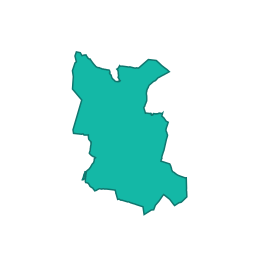 outline of Nome nor, Telemark, Norway, rotated 225°
{"feature_id": "86288312B14139397514158", "entity_name": "Nome nor", "entity_type": "district", "adm_level": 2, "iso_a3": "NOR", "parent_name": "Norway", "parent_adm1": "Telemark", "projection": "mercator", "projection_center": [9.16, 59.264], "detail": "fine", "context": "isolated", "style": "filled", "palette": "teal", "viewbox_px": 256, "rotation_deg": 225, "n_neighbors": 0, "source": "geoboundaries", "source_scale": "gbopen_adm2", "svg_char_len": 5443}
<svg xmlns="http://www.w3.org/2000/svg" viewBox="0 0 256 256"><g transform="rotate(225 128 128)"><path d="M55.4,78.2L53.5,86.6L52.0,88.3L54.0,92.7L54.4,98.2L55.6,104.5L55.7,106.2L48.0,107.1L41.7,106.2L40.2,106.1L39.3,110.4L39.2,110.8L39.2,111.1L39.0,111.3L38.9,111.6L38.7,111.8L38.6,112.1L38.4,112.2L38.3,112.6L37.9,113.2L37.8,115.1L37.8,115.9L37.7,120.9L41.7,124.6L42.5,125.1L44.0,126.8L51.6,134.0L52.4,133.1L57.2,130.8L59.6,129.8L61.0,129.5L62.1,129.4L62.4,129.2L63.3,129.3L64.6,129.0L65.2,128.8L65.8,128.7L66.4,129.0L67.3,129.2L68.8,130.2L71.3,131.5L73.1,132.1L77.3,129.9L77.9,129.7L78.6,129.2L79.6,128.8L81.2,127.8L82.1,129.1L82.3,129.4L82.4,130.3L83.5,131.2L84.0,132.0L86.2,136.2L86.7,137.4L91.8,145.5L92.8,147.1L94.3,149.9L94.8,150.7L95.6,151.3L96.5,151.6L97.5,152.3L98.2,152.5L99.0,152.8L99.3,153.0L99.9,153.7L100.2,153.8L101.1,155.5L101.4,156.0L101.6,156.5L102.1,157.6L102.3,157.9L102.9,159.2L103.3,159.8L103.6,160.5L105.9,159.8L109.9,160.5L112.5,160.3L114.1,163.0L114.1,162.4L114.3,162.3L114.3,162.1L115.3,161.5L115.3,161.2L115.5,161.0L116.0,161.0L116.5,160.6L116.7,160.1L116.9,159.6L116.9,159.2L117.8,158.4L117.9,158.2L117.9,157.9L118.0,157.8L118.2,157.5L118.5,157.5L119.1,157.2L119.5,156.6L120.1,156.4L120.2,155.9L119.9,155.7L119.9,155.4L119.7,155.2L119.8,154.9L119.9,154.7L120.1,154.4L120.0,154.2L120.3,153.8L120.4,153.7L120.6,153.7L120.9,153.9L121.0,154.2L121.0,154.3L121.3,154.2L121.5,154.1L121.7,154.4L121.8,154.4L121.8,154.5L122.0,154.6L122.3,154.5L122.7,153.8L123.0,153.6L123.2,153.3L123.8,152.9L124.2,152.6L125.3,151.7L125.7,151.5L125.8,151.4L125.8,151.2L126.1,150.8L131.2,153.5L131.3,153.6L131.4,154.0L131.6,155.2L131.7,155.6L132.1,156.0L132.6,157.1L132.9,158.0L133.6,159.5L133.9,160.3L134.8,161.3L135.8,162.3L136.2,162.6L136.3,162.8L137.6,164.0L138.9,164.9L139.4,165.4L139.8,165.8L140.7,167.0L140.8,167.1L140.7,167.2L140.9,167.5L141.2,167.7L141.4,168.2L141.6,168.5L141.7,168.8L142.0,169.3L142.1,169.9L142.3,170.5L142.3,170.8L142.5,171.1L142.7,171.4L143.3,173.2L142.9,178.9L142.1,181.0L142.3,184.7L141.7,186.4L141.0,189.0L140.8,189.5L140.6,190.2L140.5,190.6L140.3,191.1L140.2,191.3L140.1,191.9L139.9,192.5L139.8,192.9L139.1,195.1L139.0,195.8L138.8,196.4L138.6,197.0L141.8,196.9L145.0,196.4L148.2,196.0L152.7,195.9L155.0,195.7L155.2,195.8L155.3,195.7L155.8,195.7L162.0,190.8L162.9,177.9L163.5,177.3L164.6,176.5L164.8,176.2L165.0,175.6L166.1,174.8L168.3,173.5L169.4,172.8L169.9,172.6L170.2,172.0L170.9,171.3L172.0,170.6L174.6,168.6L176.0,167.5L176.9,166.4L177.2,166.2L178.0,166.2L177.8,165.6L177.8,165.2L177.6,165.0L177.5,164.6L177.4,164.5L177.4,164.0L177.2,162.7L177.4,162.3L177.4,162.0L177.5,161.7L175.8,161.6L173.8,160.1L173.4,159.6L172.1,158.7L171.8,158.4L170.6,156.6L170.0,156.7L169.0,156.3L168.7,156.3L168.4,156.2L168.2,155.9L167.6,155.9L167.4,155.8L167.1,155.9L167.1,155.6L166.8,155.1L166.9,154.9L167.1,154.7L167.4,154.5L167.7,154.3L167.9,154.2L167.7,153.7L169.9,152.0L170.2,151.9L171.0,152.1L171.4,152.1L171.7,152.0L173.1,151.8L173.4,152.0L174.0,152.0L175.0,152.1L177.3,153.4L177.7,153.5L178.6,153.4L179.9,153.7L180.0,153.8L179.8,154.3L180.3,154.7L180.8,155.1L181.2,155.3L182.3,155.6L183.1,155.0L184.1,154.2L184.4,154.0L184.9,153.8L185.3,153.5L185.5,153.3L185.9,153.1L186.0,152.8L186.6,152.4L186.9,152.4L187.2,152.2L187.4,151.8L187.8,151.7L188.1,151.4L189.0,151.2L189.5,150.9L190.0,150.6L191.2,150.2L191.7,149.6L192.4,149.2L194.1,148.7L195.0,148.8L197.0,148.9L199.6,149.2L202.5,149.7L202.8,149.8L202.9,149.7L203.1,149.9L203.5,150.0L203.7,149.9L203.9,149.6L204.6,149.2L205.4,149.2L205.9,149.0L206.6,149.4L207.3,149.4L207.5,149.3L207.8,149.4L208.2,149.6L208.5,149.7L209.2,150.0L209.3,150.0L209.4,149.7L209.6,149.7L209.8,149.5L209.7,149.4L210.0,149.3L210.1,149.1L210.2,148.8L210.6,148.6L211.7,146.6L215.0,147.5L218.3,145.3L216.4,141.4L211.3,138.3L211.5,136.6L207.8,129.2L203.0,125.7L194.8,116.3L180.5,115.1L165.6,87.8L162.7,85.7L156.4,90.8L156.2,91.3L155.9,91.5L155.7,92.0L155.2,92.0L154.4,91.9L154.0,92.1L153.7,92.3L152.5,93.6L151.7,94.3L151.1,95.0L149.6,93.6L149.3,93.5L148.3,92.6L147.7,92.3L146.2,92.1L144.4,92.1L144.2,91.9L144.2,91.7L143.7,91.7L143.4,91.2L143.2,91.1L143.1,90.7L142.3,90.0L142.2,89.7L141.9,89.3L141.7,88.9L141.6,88.7L140.9,88.0L140.2,86.9L139.8,86.6L139.4,86.0L138.6,85.0L138.0,83.6L137.5,82.8L136.8,82.7L134.2,82.7L132.8,83.2L132.4,83.1L131.0,83.9L129.9,84.0L130.1,82.5L129.3,81.5L128.9,81.2L127.9,79.3L127.8,78.5L127.8,78.4L127.8,77.7L127.7,76.9L127.4,75.9L127.1,74.7L126.9,74.1L126.7,73.3L126.7,72.6L126.5,71.3L126.8,69.0L126.7,68.2L126.7,67.9L126.3,67.3L125.8,66.8L124.7,65.0L124.5,64.7L123.5,63.8L123.1,62.9L123.8,62.8L124.1,63.4L124.6,64.0L125.4,64.8L125.7,65.3L126.1,65.6L126.6,66.5L126.9,66.8L126.9,67.0L127.2,67.0L127.4,66.9L127.5,66.7L127.1,66.3L126.1,63.7L125.3,62.5L124.6,61.3L123.7,59.1L123.3,59.4L123.2,59.5L123.2,59.8L123.0,60.7L122.6,62.1L122.7,62.3L122.6,62.5L121.8,61.6L121.1,60.7L120.3,60.0L119.4,59.5L118.4,60.2L117.5,60.6L117.0,60.7L116.5,60.7L115.4,60.5L113.6,59.9L111.7,60.2L111.2,60.4L110.7,60.5L110.2,60.6L109.8,60.4L108.5,60.3L108.0,60.2L107.1,60.0L106.4,61.3L105.9,63.3L105.5,64.5L105.2,65.0L104.5,65.4L103.5,66.2L103.2,66.3L102.9,67.2L102.6,67.6L102.2,67.8L101.8,67.9L100.0,69.7L94.4,74.1L93.6,74.6L93.1,75.0L91.4,74.0L90.2,73.1L89.8,73.0L87.5,71.7L84.8,70.2L84.2,71.2L83.7,71.5L82.2,71.8L81.2,72.7L76.0,75.5L75.3,76.3L74.4,76.6L72.8,77.2L72.4,77.5L71.8,77.8L71.1,78.1L69.8,78.9L67.8,79.8L61.7,82.9L55.4,78.2Z" fill="#14b8a6" stroke="#0f766e" stroke-width="1.5"/></g></svg>